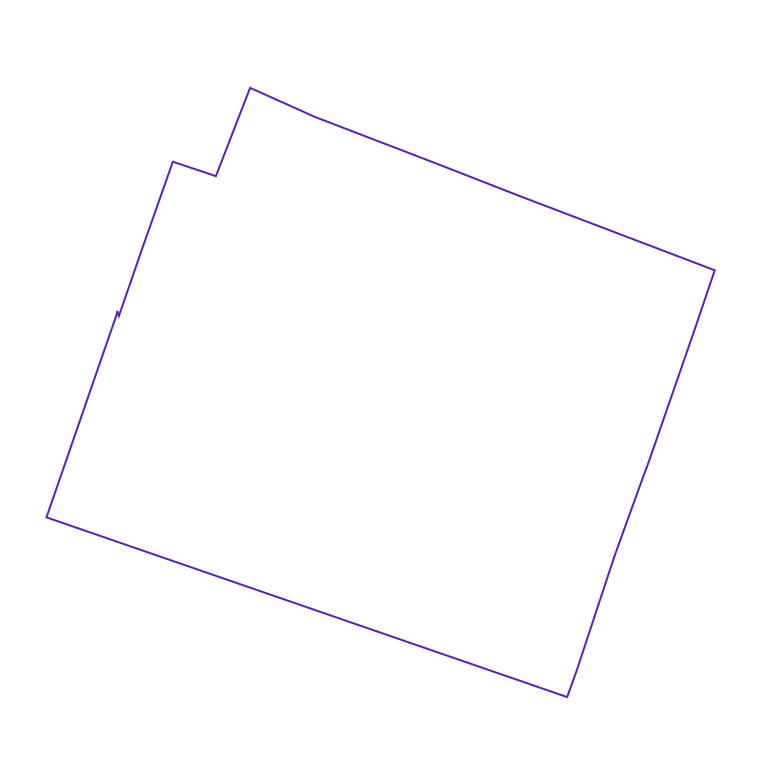 outline of Allegany, New York, United States of America, rotated 289°
{"feature_id": "52423323B99116494629117", "entity_name": "Allegany", "entity_type": "district", "adm_level": 2, "iso_a3": "USA", "parent_name": "United States of America", "parent_adm1": "New York", "projection": "equal_earth", "projection_center": [-77.96, 42.26], "detail": "fine", "context": "isolated", "style": "outline", "palette": "violet", "viewbox_px": 768, "rotation_deg": 289, "n_neighbors": 0, "source": "geoboundaries", "source_scale": "gbopen_adm2", "svg_char_len": 430}
<svg xmlns="http://www.w3.org/2000/svg" viewBox="0 0 768 768"><g transform="rotate(289 384 384)"><path d="M599.2,659.7L605.7,455.3L609.5,361.0L614.0,231.9L620.4,161.0L525.8,157.4L525.4,112.0L433.3,111.3L362.0,111.2L366.1,108.0L363.1,108.6L148.0,108.3L147.6,659.1L177.5,659.5L229.7,658.8L296.0,658.0L371.7,659.1L371.8,659.1L398.9,659.7L532.8,660.0L540.2,660.0L599.2,659.7Z" fill="none" stroke="#5b21b6" stroke-width="2"/></g></svg>